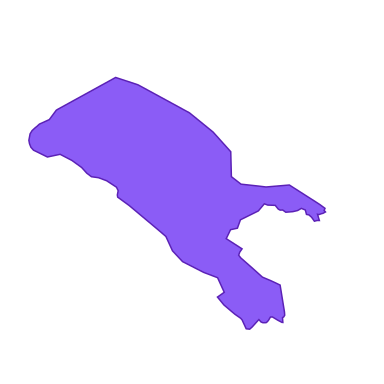 outline of Degema, Rivers, Nigeria, rotated 135°
{"feature_id": "59680162B23543460253472", "entity_name": "Degema", "entity_type": "district", "adm_level": 2, "iso_a3": "NGA", "parent_name": "Nigeria", "parent_adm1": "Rivers", "projection": "robinson", "projection_center": [6.907, 4.58], "detail": "fine", "context": "isolated", "style": "filled", "palette": "violet", "viewbox_px": 384, "rotation_deg": 135, "n_neighbors": 0, "source": "geoboundaries", "source_scale": "gbopen_adm2", "svg_char_len": 1534}
<svg xmlns="http://www.w3.org/2000/svg" viewBox="0 0 384 384"><g transform="rotate(135 192 192)"><path d="M165.0,327.0L228.4,345.4L230.1,345.8L241.7,344.1L251.8,347.9L255.7,348.1L257.2,348.3L261.7,348.5L265.4,347.6L270.8,343.9L272.8,341.0L274.3,337.5L274.5,333.6L273.2,329.9L269.5,319.0L258.6,311.9L254.6,299.2L252.7,287.3L253.1,279.6L252.3,273.9L248.0,268.2L244.4,260.3L242.0,248.8L243.3,245.1L246.9,242.7L248.2,240.9L246.0,227.0L242.7,189.5L241.9,179.0L247.4,164.2L247.9,149.4L240.6,126.9L234.5,113.3L240.1,98.3L248.3,99.7L249.3,89.6L249.3,89.4L248.6,80.9L248.1,75.2L246.9,68.5L247.0,66.2L250.4,57.0L250.3,56.8L248.2,54.2L244.8,54.0L235.7,54.5L234.9,54.5L235.1,51.3L234.3,49.4L232.0,47.2L230.4,47.0L228.6,47.2L225.0,48.1L223.5,46.8L222.0,40.7L220.6,36.2L220.0,35.5L216.8,39.2L216.7,39.2L215.6,38.8L213.6,39.3L211.5,41.7L195.5,63.9L197.3,69.0L199.1,73.9L202.4,82.0L203.0,93.5L204.1,110.9L203.7,114.3L200.8,115.7L196.8,116.4L200.8,134.8L195.9,136.5L191.4,138.1L185.5,134.3L177.4,138.1L158.5,131.7L149.2,132.5L147.7,129.2L142.6,123.7L143.1,118.9L142.5,116.9L140.6,115.1L140.0,111.4L134.6,106.8L130.4,104.2L126.3,103.1L124.6,99.2L125.5,97.6L126.9,95.2L125.5,93.1L125.3,89.6L126.1,84.8L123.7,83.4L122.1,81.8L119.0,87.5L118.2,86.3L115.6,85.0L114.5,84.3L111.7,83.5L111.6,84.2L111.8,85.0L111.7,85.5L109.5,86.4L110.5,92.9L111.4,97.1L118.0,127.1L118.2,128.1L136.1,143.2L140.4,148.7L151.8,162.9L153.3,175.0L136.1,193.1L135.5,204.5L134.7,219.5L137.8,249.7L154.4,306.0L165.0,327.0Z" fill="#8b5cf6" stroke="#5b21b6" stroke-width="1.5"/></g></svg>